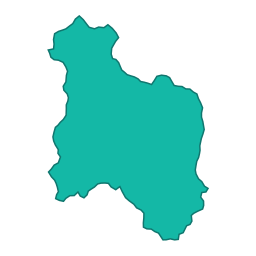 Contagem, Minas Gerais, Brazil (Robinson projection), rotated 181°
{"feature_id": "56859067B35931287026630", "entity_name": "Contagem", "entity_type": "district", "adm_level": 2, "iso_a3": "BRA", "parent_name": "Brazil", "parent_adm1": "Minas Gerais", "projection": "robinson", "projection_center": [-44.079, -19.891], "detail": "fine", "context": "isolated", "style": "filled", "palette": "teal", "viewbox_px": 256, "rotation_deg": 181, "n_neighbors": 0, "source": "geoboundaries", "source_scale": "gbopen_adm2", "svg_char_len": 2056}
<svg xmlns="http://www.w3.org/2000/svg" viewBox="0 0 256 256"><g transform="rotate(181 128 128)"><path d="M199.1,56.1L195.3,54.4L191.2,53.6L188.9,56.6L185.0,59.3L180.6,59.5L176.9,63.1L174.5,59.1L170.8,57.4L167.8,60.4L166.6,64.2L164.0,66.1L160.5,68.4L157.4,71.5L154.1,72.4L150.0,72.6L146.6,72.3L143.9,68.8L139.2,66.1L135.1,69.3L132.6,64.2L129.2,58.3L125.5,55.2L120.8,51.9L118.0,48.3L113.5,46.2L110.6,43.1L110.6,38.3L111.0,33.3L110.8,29.1L107.4,27.5L102.9,27.3L99.4,24.9L95.7,23.5L93.0,19.6L91.1,16.8L88.0,16.9L83.8,17.9L79.4,17.0L75.8,17.5L75.1,22.6L71.0,24.3L69.2,28.1L67.7,31.3L64.3,32.7L62.5,36.0L63.2,41.7L60.9,43.8L57.1,45.9L52.0,48.3L51.0,51.9L51.2,56.3L54.1,60.1L53.1,64.8L49.0,65.4L46.9,69.0L50.5,71.1L53.3,75.7L56.6,78.4L59.2,83.3L60.0,87.2L59.4,91.5L58.7,95.9L56.9,99.8L56.1,103.6L55.6,107.0L55.9,111.5L54.5,118.7L53.0,123.3L51.8,127.8L53.3,135.7L54.7,140.1L54.8,144.3L53.8,149.5L55.9,154.5L58.1,158.6L59.7,163.2L63.3,165.1L66.8,168.0L70.9,168.1L74.7,170.4L78.6,170.6L82.6,171.3L84.8,174.9L87.3,179.1L90.6,180.8L95.4,181.4L100.0,180.2L102.7,175.6L105.2,171.9L109.2,173.2L112.8,174.1L116.2,174.7L118.8,177.3L122.6,179.2L126.2,180.2L129.8,181.3L132.5,183.7L135.3,185.9L136.9,189.5L138.5,193.2L141.3,196.3L144.6,197.1L146.1,201.6L145.7,207.5L143.8,211.0L142.0,214.3L139.0,218.2L141.5,222.8L145.4,227.3L149.9,230.9L153.8,227.9L159.1,228.4L163.2,226.6L168.6,228.0L171.3,231.3L174.6,235.5L178.7,239.2L182.5,236.0L185.0,231.4L187.9,229.2L191.9,226.0L195.3,224.7L199.1,223.4L203.0,221.0L204.0,215.2L203.4,210.6L203.8,205.8L209.1,204.6L207.6,201.4L206.3,197.4L203.1,195.0L198.7,194.6L194.0,192.5L191.2,188.0L189.4,183.7L190.5,179.6L190.9,173.0L193.5,168.6L192.8,164.7L189.4,161.1L188.1,157.3L188.6,153.9L190.1,150.0L190.0,146.0L190.1,139.7L192.8,135.4L195.8,132.5L198.1,129.5L200.6,127.4L201.9,122.5L202.9,117.8L202.1,113.8L200.4,109.9L197.3,105.1L197.6,101.5L195.0,97.9L197.1,91.9L201.2,89.6L204.0,85.5L206.7,82.6L203.7,77.9L200.4,74.5L198.8,71.2L197.6,67.6L196.5,63.1L198.2,60.1L199.1,56.1Z" fill="#14b8a6" stroke="#0f766e" stroke-width="1.5"/></g></svg>